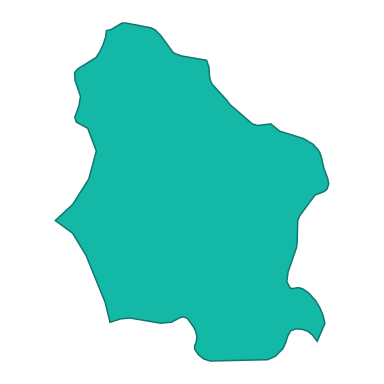 the Province of Lucca
{"feature_id": "ITA-5383", "entity_name": "Lucca", "entity_type": "Province", "adm_level": 1, "iso_a3": "ITA", "parent_name": "Italy", "parent_adm1": "", "projection": "mercator", "projection_center": [10.483, 44.019], "detail": "fine", "context": "isolated", "style": "filled", "palette": "teal", "viewbox_px": 384, "rotation_deg": 0, "n_neighbors": 0, "source": "natural_earth", "source_scale": "10m", "svg_char_len": 1267}
<svg xmlns="http://www.w3.org/2000/svg" viewBox="0 0 384 384"><path d="M110.0,322.3L105.3,302.8L86.2,255.7L72.6,233.2L55.3,220.5L72.7,204.4L88.8,178.9L96.3,151.0L87.8,128.4L76.2,122.0L74.8,117.3L78.9,106.0L80.5,96.4L75.0,80.2L74.6,72.6L78.0,68.7L96.0,57.5L99.8,51.8L103.2,44.5L105.6,37.0L106.4,30.6L110.8,29.7L122.0,23.0L125.9,23.0L151.1,27.9L154.9,29.7L160.5,35.2L172.4,51.5L173.8,53.0L181.3,55.9L206.6,60.3L209.0,67.4L209.5,76.0L209.9,78.4L210.5,80.7L211.4,82.6L212.5,84.6L226.9,100.4L230.1,104.7L252.3,123.9L257.8,125.5L270.8,123.9L279.7,131.2L303.3,138.5L313.0,144.2L317.9,149.6L319.8,152.7L321.2,156.6L323.9,168.2L327.7,178.5L328.7,184.0L327.0,189.2L324.4,191.4L315.0,195.1L299.9,215.5L297.7,220.7L297.2,241.7L296.4,247.9L288.1,271.9L286.8,281.8L290.3,288.1L292.7,288.6L297.4,287.7L299.9,287.9L302.9,289.0L308.5,292.8L315.8,300.9L319.8,307.7L323.0,315.3L324.9,323.5L317.2,341.3L312.3,334.9L307.6,331.2L302.4,329.4L296.0,328.8L290.6,330.8L287.7,336.2L285.6,342.9L282.8,348.8L275.5,356.1L267.7,359.7L210.4,361.0L204.0,359.1L198.4,354.7L194.6,349.1L194.7,345.5L196.2,342.1L196.9,336.8L195.7,331.3L193.3,326.7L187.4,318.4L183.3,316.8L179.5,317.9L171.5,322.2L160.7,323.2L129.7,318.0L120.5,318.9L110.0,322.3Z" fill="#14b8a6" stroke="#0f766e" stroke-width="1.5"/></svg>